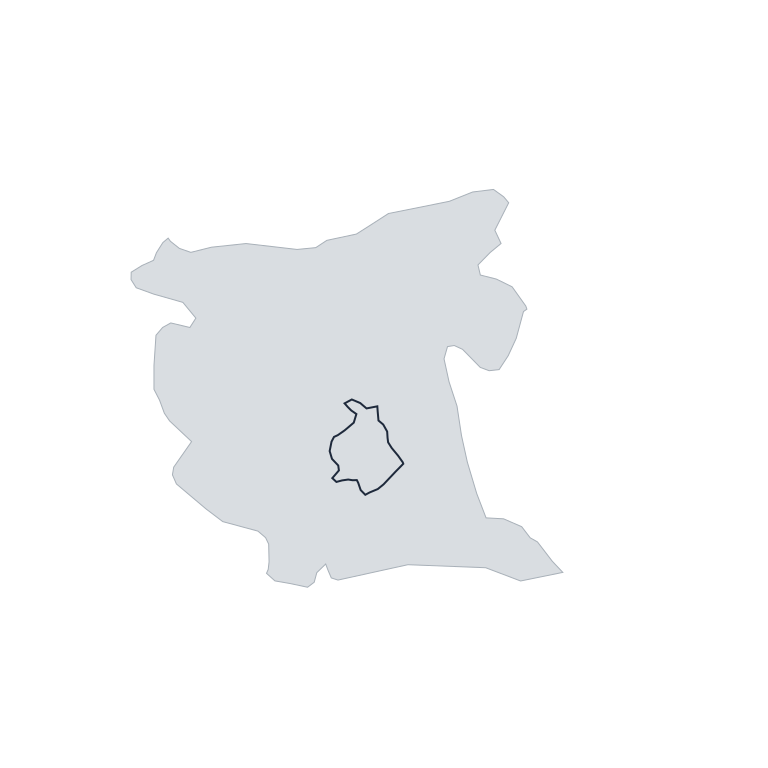 Danilovgrad on a map of Montenegro (Mercator projection), rotated 314°
{"feature_id": "MNE-1511", "entity_name": "Danilovgrad", "entity_type": "Municipality", "adm_level": 1, "iso_a3": "MNE", "parent_name": "Montenegro", "parent_adm1": "", "projection": "mercator", "projection_center": [19.12, 42.623], "detail": "fine", "context": "in_parent", "style": "outline", "palette": "slate", "viewbox_px": 768, "rotation_deg": 314, "n_neighbors": 0, "source": "natural_earth", "source_scale": "10m", "svg_char_len": 1848}
<svg xmlns="http://www.w3.org/2000/svg" viewBox="0 0 768 768"><g transform="rotate(314 384 384)"><path d="M339.0,127.4L338.3,131.2L339.4,142.6L344.5,153.6L362.6,164.9L389.2,187.2L420.4,228.0L434.7,240.2L447.6,243.1L472.7,260.0L490.2,264.2L509.8,268.8L560.8,304.1L583.7,314.4L600.0,327.6L601.8,340.1L601.0,347.8L571.6,356.9L566.4,370.6L552.2,369.0L534.9,368.9L529.3,377.6L537.5,391.9L542.9,408.7L538.6,431.8L537.1,434.8L533.0,434.0L508.7,447.4L490.6,453.7L474.3,456.8L466.6,450.4L462.8,441.7L463.5,416.4L460.5,407.8L455.0,403.7L443.8,409.7L430.8,429.2L418.8,451.9L400.7,475.6L385.7,498.2L369.6,526.8L358.6,550.4L370.1,563.7L377.0,582.2L374.9,596.0L377.0,604.1L373.4,628.2L372.7,643.5L337.2,619.1L322.5,584.8L270.6,526.7L211.0,487.1L207.9,480.8L211.1,473.2L214.0,467.1L201.6,466.7L192.9,471.5L184.7,470.2L175.4,455.3L166.6,442.3L166.2,431.0L170.2,429.5L176.2,424.9L188.7,412.3L191.2,405.6L190.6,395.5L173.0,363.6L170.5,342.8L167.9,304.1L171.7,294.9L178.1,290.5L208.9,285.6L208.5,255.4L210.4,246.3L216.5,233.7L220.4,222.2L237.5,205.7L260.7,186.1L270.9,185.5L279.8,188.2L289.8,205.1L300.7,202.9L303.0,182.6L288.7,155.9L281.1,138.9L283.4,129.5L288.8,124.5L301.1,127.6L312.9,132.3L320.4,129.1L332.1,126.7L339.0,127.4Z" fill="#d9dde1" stroke="#a8b0b8" stroke-width="1"/><path d="M335.2,389.1L343.2,385.0L342.2,378.8L342.3,373.9L342.7,369.1L350.5,371.6L353.8,380.2L354.0,383.8L354.3,388.4L363.3,394.7L359.8,398.6L353.9,405.4L354.3,411.6L352.0,419.3L347.8,423.9L344.9,427.5L343.3,434.1L342.2,444.0L340.7,451.9L340.0,453.3L328.7,453.2L311.5,453.4L304.1,452.5L296.0,449.0L291.3,447.5L291.5,440.9L295.0,434.1L296.0,431.2L293.0,428.3L290.4,424.6L285.5,420.8L280.5,417.8L280.4,412.6L280.4,412.2L290.5,411.6L293.6,407.7L294.0,398.6L298.0,391.5L306.1,386.3L311.2,384.8L315.1,386.3L323.3,387.9L335.2,389.1Z" fill="none" stroke="#1e293b" stroke-width="2"/></g></svg>